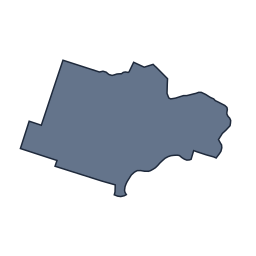 outline of Suong, Kâmpóng Cham, Cambodia, rotated 287°
{"feature_id": "14789045B38579043699955", "entity_name": "Suong", "entity_type": "district", "adm_level": 2, "iso_a3": "KHM", "parent_name": "Cambodia", "parent_adm1": "Kâmpóng Cham", "projection": "robinson", "projection_center": [105.675, 11.93], "detail": "fine", "context": "isolated", "style": "filled", "palette": "slate", "viewbox_px": 256, "rotation_deg": 287, "n_neighbors": 0, "source": "geoboundaries", "source_scale": "gbopen_adm2", "svg_char_len": 1449}
<svg xmlns="http://www.w3.org/2000/svg" viewBox="0 0 256 256"><g transform="rotate(287 128 128)"><path d="M173.8,46.0L152.0,45.4L105.3,44.3L105.6,31.5L76.9,31.1L76.2,69.6L70.1,69.4L69.6,119.2L69.9,132.4L67.1,133.2L63.0,134.3L60.1,134.4L59.8,137.9L60.3,141.1L62.1,144.2L63.8,145.9L65.6,143.9L67.4,142.9L71.1,142.3L74.2,142.5L76.7,142.9L79.7,143.7L84.1,144.9L87.6,147.0L89.9,149.2L91.0,152.6L91.5,156.5L92.6,160.3L93.8,162.0L96.0,164.1L98.0,165.8L100.9,167.4L103.8,168.7L106.8,170.4L109.9,172.3L112.4,174.8L114.1,177.2L115.3,179.9L116.4,183.0L116.7,185.2L115.5,188.0L114.7,190.9L114.5,193.6L115.4,196.0L116.5,197.5L125.6,197.4L125.4,201.1L125.2,210.7L125.4,218.2L125.1,221.1L126.9,221.7L130.1,222.9L132.9,223.7L136.5,223.5L139.2,222.4L140.5,220.9L143.4,217.9L150.4,219.8L154.6,222.3L160.0,224.9L162.5,224.6L165.2,224.0L167.1,222.4L168.4,220.2L170.2,218.5L171.7,218.0L174.7,217.6L176.6,216.6L177.9,213.9L178.5,210.5L179.3,206.1L179.7,203.4L180.9,201.4L181.2,198.8L181.5,197.1L182.8,192.5L183.5,187.7L182.8,185.2L180.9,182.7L179.6,180.4L178.3,178.3L176.2,174.8L175.2,171.6L173.5,169.1L170.4,164.6L168.3,160.3L168.7,158.2L172.5,155.2L181.6,152.7L186.7,151.4L194.5,136.9L194.9,135.9L196.2,133.4L190.9,125.7L192.5,114.2L182.0,112.6L181.2,111.9L180.8,109.1L179.8,107.2L178.0,105.9L177.3,103.9L176.4,101.6L174.9,99.5L173.6,97.4L173.6,94.0L175.0,90.8L175.0,87.5L173.2,84.3L173.4,71.8L173.8,46.0Z" fill="#64748b" stroke="#1e293b" stroke-width="1.5"/></g></svg>